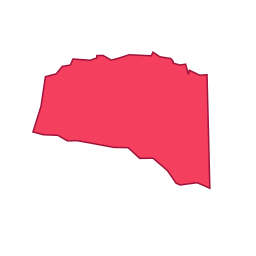 Louisa, Virginia, United States of America, rotated 342°
{"feature_id": "52423323B75388125426671", "entity_name": "Louisa", "entity_type": "district", "adm_level": 2, "iso_a3": "USA", "parent_name": "United States of America", "parent_adm1": "Virginia", "projection": "equal_earth", "projection_center": [-77.968, 37.941], "detail": "fine", "context": "isolated", "style": "filled", "palette": "rose", "viewbox_px": 256, "rotation_deg": 342, "n_neighbors": 0, "source": "geoboundaries", "source_scale": "gbopen_adm2", "svg_char_len": 663}
<svg xmlns="http://www.w3.org/2000/svg" viewBox="0 0 256 256"><g transform="rotate(342 128 128)"><path d="M108.6,142.1L122.1,146.8L128.0,157.4L129.7,160.5L142.5,164.5L152.3,180.6L156.7,195.4L160.0,198.3L176.8,201.4L180.1,204.2L187.2,210.6L203.0,157.6L219.6,101.8L212.4,99.9L204.2,92.0L202.0,95.7L202.5,85.1L196.9,84.2L191.0,80.3L191.5,78.5L190.2,75.2L180.3,70.1L175.2,63.6L172.4,66.5L151.7,58.7L140.9,58.7L133.1,58.3L126.6,51.2L120.7,49.5L119.8,51.7L113.0,51.9L97.0,45.4L92.6,50.3L84.5,49.1L76.5,54.3L65.3,53.7L52.0,80.4L36.4,102.4L45.3,108.2L59.0,113.3L62.0,116.6L66.4,121.5L75.7,124.3L108.6,142.1Z" fill="#f43f5e" stroke="#9f1239" stroke-width="1.5"/></g></svg>